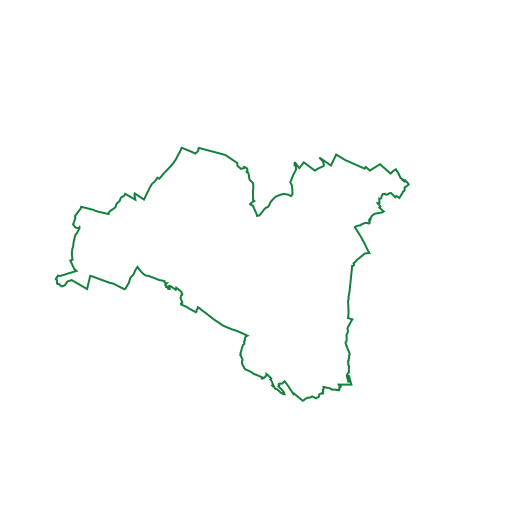 Albota, Arges, Romania (Equal Earth projection), rotated 225°
{"feature_id": "2599482B92204105458489", "entity_name": "Albota", "entity_type": "district", "adm_level": 2, "iso_a3": "ROU", "parent_name": "Romania", "parent_adm1": "Arges", "projection": "equal_earth", "projection_center": [24.826, 44.777], "detail": "fine", "context": "isolated", "style": "outline", "palette": "green", "viewbox_px": 512, "rotation_deg": 225, "n_neighbors": 0, "source": "geoboundaries", "source_scale": "gbopen_adm2", "svg_char_len": 6149}
<svg xmlns="http://www.w3.org/2000/svg" viewBox="0 0 512 512"><g transform="rotate(225 256 256)"><path d="M204.2,415.1L204.5,414.8L204.0,414.0L203.6,413.8L203.8,413.5L204.9,413.5L206.3,413.9L206.4,413.3L208.0,413.6L208.7,413.3L213.4,414.9L213.3,415.0L218.4,416.2L219.1,413.0L219.0,409.7L219.1,409.4L233.2,408.6L235.9,397.0L241.4,396.6L240.9,394.6L260.8,386.9L271.0,384.4L267.0,373.0L280.9,370.4L275.5,370.2L272.5,368.5L271.8,367.4L274.1,361.2L274.7,358.0L288.4,356.0L287.5,348.7L294.3,349.6L294.6,349.3L292.9,347.4L291.8,348.0L288.9,345.6L287.1,340.0L283.9,332.4L280.2,331.2L273.9,325.5L273.6,323.1L276.7,322.1L280.5,319.4L282.6,315.4L284.1,311.5L284.1,308.1L283.9,305.1L283.6,303.6L282.7,301.7L282.3,299.2L283.2,296.6L283.1,294.1L282.4,289.0L282.4,286.7L283.7,285.1L284.8,285.9L293.9,289.4L296.5,288.3L296.9,288.5L296.6,292.7L296.0,293.4L296.0,293.7L297.7,293.6L304.4,300.0L305.2,301.3L308.6,304.7L309.7,305.4L312.1,305.4L312.7,305.5L314.3,305.4L317.0,306.9L317.5,307.7L318.6,308.4L320.8,309.4L321.9,308.7L322.2,308.8L322.5,309.4L322.4,310.2L322.8,310.8L323.8,311.4L324.5,311.6L326.7,311.0L327.4,310.6L326.6,309.6L328.3,307.0L333.0,306.7L335.0,308.5L349.3,305.7L372.8,292.0L372.6,291.1L371.6,290.0L371.3,289.1L371.1,287.3L371.5,286.4L371.4,285.5L376.9,283.5L379.0,282.5L385.1,280.0L383.3,275.5L383.0,273.8L380.9,267.4L380.1,262.9L379.7,256.0L379.6,249.3L379.0,242.3L381.1,241.6L381.1,240.6L380.7,240.2L380.3,237.8L380.5,232.9L379.2,228.6L375.1,216.7L385.9,214.5L385.4,213.6L384.8,213.0L381.1,210.5L392.5,207.5L391.8,205.5L392.8,201.9L392.4,200.8L391.3,198.3L391.6,194.3L390.8,193.1L389.9,191.0L389.9,190.2L391.0,184.5L390.8,182.6L389.9,181.4L398.7,175.9L401.7,174.3L404.2,173.3L414.4,167.2L413.5,165.5L412.2,156.1L411.5,155.9L410.6,155.2L407.6,148.9L403.8,148.5L403.3,148.7L400.7,150.6L400.9,151.3L400.6,151.1L398.9,146.0L398.7,143.6L398.2,142.4L395.1,137.3L391.6,132.8L391.3,131.8L390.6,130.7L388.7,128.3L386.6,126.3L383.1,123.6L384.1,121.5L375.4,118.3L372.4,118.5L380.2,103.7L381.3,102.6L382.1,102.1L381.6,101.1L381.9,100.3L381.3,99.4L381.5,98.9L381.5,98.4L381.3,98.1L380.7,98.0L379.6,98.2L378.6,97.4L377.8,96.3L376.9,95.8L376.6,95.9L375.7,96.9L375.1,97.1L374.1,96.7L373.3,96.7L371.7,97.3L370.9,98.9L370.5,100.4L371.2,103.8L371.2,104.9L369.9,107.3L369.4,108.6L352.1,113.2L358.9,124.3L359.1,124.7L358.2,125.4L343.0,132.4L340.1,133.8L337.5,135.5L325.4,139.5L325.2,140.6L326.7,146.2L327.0,147.2L329.4,151.7L329.6,156.4L331.4,161.0L332.1,164.5L328.8,163.9L324.0,163.6L320.7,164.0L319.5,164.7L317.9,166.0L315.5,166.9L312.8,168.3L307.5,170.5L304.5,172.6L302.9,173.5L302.1,172.8L301.5,172.7L301.0,172.8L299.9,173.7L299.9,172.0L299.5,171.2L297.1,171.6L297.1,170.9L296.5,171.4L295.9,171.6L295.6,171.5L295.5,170.9L295.0,170.6L294.1,171.1L293.8,171.5L293.7,171.8L294.0,172.2L295.7,172.8L296.2,173.1L296.3,173.4L296.0,173.9L295.1,174.1L294.8,174.4L288.9,175.3L290.0,177.2L286.0,177.7L283.1,177.9L282.4,177.1L281.3,177.0L280.9,176.6L280.8,176.0L281.0,175.1L280.0,173.5L279.0,172.5L278.4,172.2L275.4,171.2L275.0,170.7L275.4,169.4L275.0,168.9L274.6,168.8L268.1,171.3L266.9,171.3L258.8,173.7L258.9,174.6L259.7,176.0L259.9,177.0L260.9,178.6L259.0,179.2L256.5,179.3L250.2,180.3L241.8,181.2L230.6,183.4L228.7,184.0L224.0,185.9L220.0,187.7L217.2,189.2L210.8,191.8L205.7,193.6L206.3,191.7L205.3,189.5L204.2,188.6L204.1,187.2L202.1,185.7L202.2,183.7L201.1,181.4L199.1,178.0L198.6,176.8L197.9,176.0L197.3,175.9L197.1,175.6L197.3,175.2L197.0,174.7L193.9,173.9L192.3,173.2L191.9,173.0L191.6,171.8L190.5,170.7L189.6,170.0L189.2,170.0L188.3,169.3L186.9,169.2L185.2,168.5L184.2,168.5L183.6,168.2L179.2,170.0L175.9,170.9L175.0,170.8L165.9,174.6L165.7,173.9L165.4,173.5L165.0,173.5L164.6,174.0L164.1,175.8L164.0,176.7L164.3,177.7L164.1,178.2L164.3,179.0L165.2,179.9L163.0,180.2L162.6,180.1L158.6,180.2L158.5,178.8L157.5,178.9L153.2,177.3L152.9,176.9L153.1,175.8L152.0,175.8L152.0,176.7L151.5,176.7L148.9,175.7L148.0,176.0L146.7,176.7L141.7,176.9L141.0,177.4L139.9,177.3L139.3,177.8L138.5,177.9L138.1,178.4L140.6,179.5L141.8,179.7L147.9,179.7L147.9,180.8L148.8,180.8L149.4,181.5L149.2,182.4L147.4,184.0L147.2,187.7L142.4,187.0L131.8,184.8L131.9,185.6L120.6,186.7L120.2,187.8L120.1,190.0L119.2,192.4L117.7,194.1L117.0,196.5L113.0,197.7L112.8,198.0L112.7,199.1L112.0,200.6L113.4,203.0L113.3,203.6L112.4,205.3L111.4,206.0L111.5,206.5L112.5,206.8L112.6,207.8L113.8,208.2L114.1,208.6L114.0,209.3L114.1,209.7L115.7,211.2L112.5,213.1L109.8,214.9L108.2,214.9L104.3,218.6L103.9,218.4L102.2,220.0L102.5,220.4L104.2,221.9L103.7,222.3L103.8,222.6L103.5,223.1L104.1,224.0L104.6,224.2L106.2,223.4L106.6,223.5L97.6,232.5L103.8,235.9L105.0,236.9L105.5,236.9L105.7,236.7L104.8,235.5L103.2,233.9L101.9,232.9L101.6,232.5L101.7,232.4L106.4,235.1L107.3,235.8L107.8,236.6L108.0,237.7L108.1,238.8L107.9,239.1L108.1,239.6L110.4,241.6L110.9,242.4L112.6,244.1L113.5,244.1L114.3,244.7L115.0,245.6L116.4,246.5L116.2,246.7L116.7,247.8L117.4,248.4L117.7,249.1L118.0,249.3L118.2,250.0L119.9,251.6L120.1,252.6L121.1,253.4L126.2,255.4L127.8,256.4L128.5,256.3L131.4,258.0L132.0,259.9L133.2,261.5L136.1,264.1L137.4,267.5L140.1,269.5L140.9,271.1L141.1,272.6L142.5,276.7L143.1,279.3L147.1,277.2L149.4,280.2L152.1,282.9L159.1,289.3L160.5,291.6L161.5,292.3L165.3,297.7L181.0,317.0L180.5,317.3L180.3,318.7L181.3,320.0L181.9,320.0L181.6,323.0L182.0,324.1L181.7,325.8L180.9,334.5L178.0,338.3L183.0,339.7L186.4,341.0L191.2,342.6L191.7,342.5L193.7,343.3L201.2,345.1L206.5,346.2L206.5,346.9L205.5,349.3L204.6,350.6L203.9,351.3L203.7,351.8L203.9,352.7L203.1,354.1L203.1,354.7L202.4,356.2L201.2,357.7L199.1,358.8L198.9,359.0L199.1,360.0L201.3,361.2L201.7,362.4L200.8,362.5L201.9,364.2L202.4,366.6L202.1,369.1L201.8,370.0L197.6,376.0L197.2,377.8L203.0,377.4L203.1,379.0L207.4,379.4L206.2,380.7L209.4,383.8L208.9,384.0L208.6,384.3L208.3,385.3L209.9,388.0L209.8,388.8L210.1,388.8L210.2,389.2L208.7,391.3L208.3,391.2L207.3,391.4L206.6,392.3L206.0,394.8L205.0,396.0L199.1,396.0L199.2,397.6L195.6,398.4L196.7,402.4L196.6,403.4L197.4,404.8L197.6,405.7L197.2,406.6L197.7,408.1L199.1,409.2L199.3,409.6L199.3,410.5L198.9,411.2L198.6,414.6L200.7,415.0L202.9,414.9L204.2,415.1Z" fill="none" stroke="#15803d" stroke-width="2"/></g></svg>